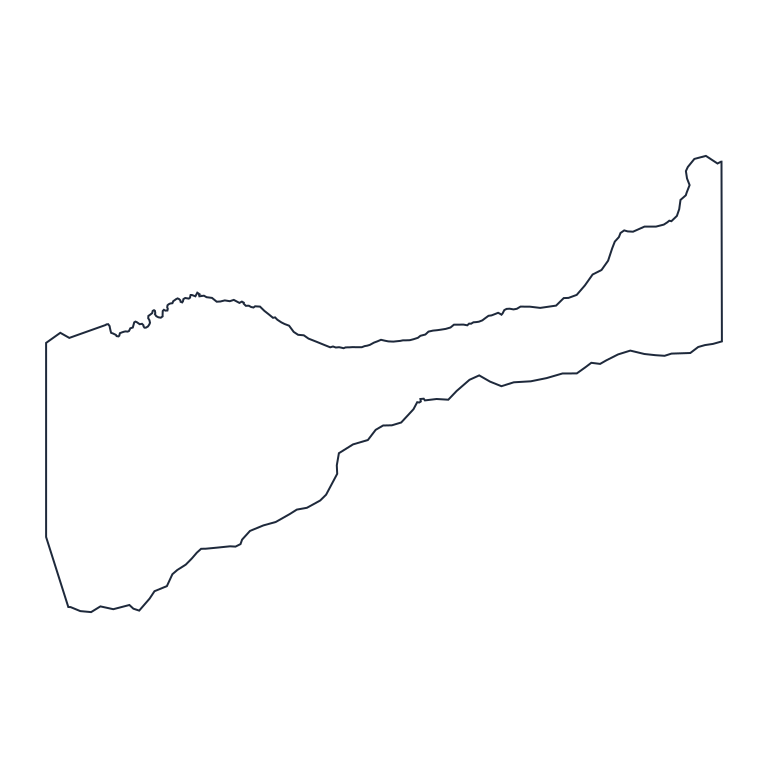 Amador, California, United States of America (Equal Earth projection)
{"feature_id": "52423323B77111199665921", "entity_name": "Amador", "entity_type": "district", "adm_level": 2, "iso_a3": "USA", "parent_name": "United States of America", "parent_adm1": "California", "projection": "equal_earth", "projection_center": [-120.611, 38.464], "detail": "fine", "context": "isolated", "style": "outline", "palette": "slate", "viewbox_px": 768, "rotation_deg": 0, "n_neighbors": 0, "source": "geoboundaries", "source_scale": "gbopen_adm2", "svg_char_len": 3647}
<svg xmlns="http://www.w3.org/2000/svg" viewBox="0 0 768 768"><path d="M721.5,161.7L721.0,161.7L717.5,163.5L705.9,155.9L694.4,158.9L687.8,167.0L685.9,171.1L687.0,178.4L689.6,185.1L686.7,192.5L685.8,195.3L680.5,199.9L679.2,209.2L676.9,215.9L671.4,221.2L669.3,220.7L667.2,222.4L663.8,224.6L656.0,226.6L644.5,226.6L633.0,231.7L627.7,231.4L624.2,230.4L620.5,233.0L618.9,237.1L614.8,241.6L612.2,248.3L608.1,260.7L601.5,270.0L592.6,274.5L584.9,285.4L576.7,294.9L568.5,297.9L563.7,298.1L556.1,305.6L540.2,307.9L530.1,306.7L520.5,306.6L516.8,308.8L513.5,309.4L509.6,308.7L506.6,308.9L504.3,310.1L502.6,313.4L501.5,314.7L499.7,313.6L498.1,312.8L495.4,313.9L491.5,315.4L488.5,315.8L485.2,318.2L482.3,320.4L478.9,321.7L476.2,322.1L473.4,322.3L471.1,323.7L469.1,323.6L467.3,325.3L463.5,324.6L453.9,324.7L450.5,327.5L445.7,328.9L441.3,329.6L437.1,330.2L433.0,330.6L428.5,331.6L425.4,334.5L420.4,335.8L417.9,337.8L413.6,339.2L409.8,340.2L406.6,340.3L403.1,340.3L400.2,340.9L397.2,341.2L393.4,341.6L388.4,341.4L384.9,340.7L381.0,339.8L377.5,341.3L374.0,342.6L369.8,344.9L367.1,345.7L364.7,346.1L361.8,347.2L358.3,347.2L355.8,347.2L352.9,347.1L349.7,347.3L345.6,347.4L343.6,348.2L341.5,347.7L339.1,347.2L335.8,347.5L333.0,346.5L330.2,347.3L324.7,345.1L316.6,341.8L308.5,338.6L303.8,335.3L298.1,334.8L293.7,331.9L289.1,325.7L284.6,324.0L281.4,322.4L277.3,319.7L275.1,317.4L273.0,317.8L268.6,314.2L264.4,310.9L260.0,306.6L255.1,306.3L253.5,307.5L251.1,307.0L248.8,305.7L245.8,305.8L243.6,303.6L243.8,302.7L241.9,301.6L239.4,302.9L233.8,299.9L229.8,301.2L224.8,300.4L220.3,301.5L216.7,301.7L212.0,297.9L209.0,297.5L206.6,297.2L203.9,295.7L199.4,296.3L198.8,294.1L199.2,294.0L197.3,292.7L195.4,296.3L191.9,295.0L190.6,295.0L190.2,296.5L190.1,297.6L188.8,298.6L185.2,298.0L183.4,299.1L183.0,301.2L182.2,302.4L180.6,301.8L180.4,300.4L179.1,299.1L177.6,298.4L176.0,299.2L174.8,300.1L173.3,301.1L172.4,303.2L170.2,303.5L168.6,304.3L167.5,305.3L167.2,307.3L167.8,308.8L167.4,310.5L165.3,310.6L163.9,309.8L162.8,310.9L162.7,311.7L162.6,314.8L162.6,316.4L160.8,317.7L158.4,317.3L156.3,316.2L154.9,314.2L155.3,313.1L154.9,310.8L154.0,310.2L152.7,310.9L152.2,313.1L150.0,314.8L148.4,315.9L148.2,318.2L149.4,320.1L150.0,322.8L149.3,324.5L147.9,326.5L145.8,327.7L144.5,327.7L143.6,326.5L143.4,325.2L142.0,323.8L141.0,324.0L139.7,324.2L136.7,322.1L135.4,321.6L134.2,322.4L133.8,323.9L132.8,327.5L130.3,328.3L129.0,331.0L127.7,331.6L125.6,331.4L124.0,331.7L121.9,332.4L119.9,333.2L119.3,335.6L118.5,336.4L116.6,336.1L115.9,334.9L112.8,333.4L111.2,332.9L110.7,331.4L110.5,330.5L109.9,327.8L109.6,326.1L108.2,324.2L106.4,324.4L105.6,325.0L69.3,337.9L60.3,332.8L46.1,342.9L46.1,537.0L68.3,607.0L70.6,607.1L80.3,611.1L91.1,612.1L100.4,606.4L113.3,609.2L129.4,605.0L133.4,608.7L139.2,610.6L143.8,605.3L149.6,598.6L154.5,591.2L166.9,586.1L172.4,574.2L177.4,569.9L185.8,564.6L191.9,558.4L196.8,552.7L201.1,548.8L205.9,548.7L217.4,547.6L230.1,546.3L235.5,546.6L240.5,544.1L242.1,539.6L250.0,530.9L263.4,525.4L275.7,522.0L289.5,514.2L296.8,509.6L306.9,507.8L320.2,500.5L326.1,494.7L332.0,483.6L337.2,473.8L336.8,465.3L338.9,453.2L353.0,444.4L367.9,440.0L375.7,429.8L383.1,425.5L391.9,425.3L401.2,422.5L413.5,409.2L417.2,402.2L419.3,402.5L420.8,401.5L420.4,399.0L423.7,398.7L424.9,400.4L436.6,399.0L448.3,399.7L456.6,391.0L469.5,379.8L479.2,375.4L490.0,381.6L501.4,386.2L513.8,382.3L530.8,381.3L546.6,378.1L562.4,373.5L576.8,373.4L585.6,367.1L591.3,362.8L600.1,363.9L606.4,360.3L618.1,354.4L630.3,350.6L644.4,354.0L655.6,355.2L664.6,355.8L671.5,353.6L681.1,353.3L690.3,353.0L698.2,347.0L704.9,345.1L713.0,343.9L721.9,341.4L721.5,161.7Z" fill="none" stroke="#1e293b" stroke-width="2"/></svg>